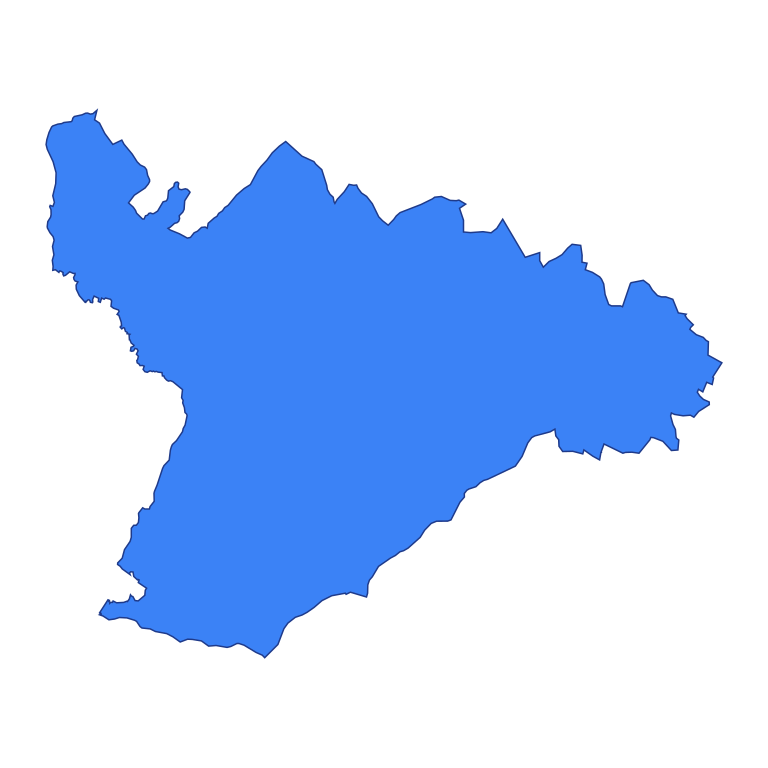 the district of Los Palmitos, Sucre, Colombia
{"feature_id": "7082276B95159519870564", "entity_name": "Los Palmitos", "entity_type": "district", "adm_level": 2, "iso_a3": "COL", "parent_name": "Colombia", "parent_adm1": "Sucre", "projection": "orthographic", "projection_center": [-75.243, 9.42], "detail": "fine", "context": "isolated", "style": "filled", "palette": "blue", "viewbox_px": 768, "rotation_deg": 0, "n_neighbors": 0, "source": "geoboundaries", "source_scale": "gbopen_adm2", "svg_char_len": 6041}
<svg xmlns="http://www.w3.org/2000/svg" viewBox="0 0 768 768"><path d="M50.2,205.4L49.7,206.7L51.0,209.7L51.1,214.5L50.6,217.1L47.8,221.6L47.2,226.5L47.4,228.0L50.0,232.8L53.1,236.6L54.1,240.2L52.5,246.5L53.9,254.8L52.3,260.3L53.1,266.4L52.8,270.3L55.4,269.7L58.9,272.4L59.6,271.0L60.7,271.1L63.1,272.5L62.9,274.1L63.7,275.9L65.5,275.3L69.7,271.8L73.5,273.5L75.0,273.4L75.0,274.8L73.6,277.5L74.0,279.4L75.1,281.0L77.9,281.9L76.1,285.1L76.3,289.2L79.3,295.6L85.2,302.4L85.7,302.4L85.7,301.4L86.4,301.5L87.8,300.0L88.9,299.7L89.8,300.5L90.4,302.3L92.4,302.7L92.8,302.0L92.6,299.5L94.1,296.1L98.7,298.3L98.3,301.5L100.3,302.3L101.6,298.1L104.1,299.2L105.5,298.0L110.5,299.3L111.6,300.8L111.0,306.3L113.5,308.2L118.5,310.0L119.1,311.5L117.1,314.4L118.9,315.4L121.2,322.1L121.6,325.9L120.4,326.4L120.2,327.2L121.8,328.9L123.3,327.7L124.5,328.1L125.4,331.3L127.4,332.5L127.0,333.7L129.9,334.3L129.1,335.1L129.4,339.8L130.0,340.0L131.2,343.0L134.0,345.3L133.4,346.3L131.0,347.3L130.4,350.8L131.7,351.3L133.6,350.8L135.0,348.5L136.9,348.9L138.1,350.8L136.4,354.2L138.4,356.3L137.6,359.5L136.8,360.5L137.2,362.8L139.0,364.0L140.0,365.6L142.5,365.5L144.2,366.2L143.1,369.4L144.9,371.7L147.3,372.3L150.1,370.8L152.3,371.6L153.4,371.1L154.8,371.8L156.5,371.4L158.0,372.1L162.0,372.6L162.4,375.9L163.9,376.0L164.5,377.7L166.7,380.1L168.4,381.1L170.5,380.7L172.9,381.7L182.5,389.6L181.6,397.7L183.1,400.4L182.7,402.9L184.4,407.6L185.0,412.5L186.6,414.0L187.1,415.6L185.1,425.1L183.2,428.5L182.5,431.7L176.5,440.6L172.4,444.5L171.4,446.7L170.4,450.1L169.2,460.1L164.0,465.6L162.6,468.4L157.1,485.1L154.5,491.3L154.0,493.3L154.2,501.3L150.1,506.5L149.4,509.0L144.8,509.0L142.7,507.8L139.0,512.5L138.5,513.5L138.9,517.8L138.4,522.5L136.4,525.2L133.7,525.3L131.3,528.3L131.3,537.3L130.1,541.4L124.5,549.6L122.2,558.2L117.7,562.9L117.6,564.5L120.1,566.2L122.3,569.0L130.1,574.6L129.5,573.0L130.6,571.8L133.0,572.0L133.8,576.5L137.4,579.9L137.9,579.4L139.1,579.9L138.3,582.6L146.6,588.2L145.3,590.2L144.8,595.3L138.2,600.9L135.1,600.6L132.9,596.6L131.5,596.1L130.5,594.8L129.3,599.0L127.5,601.5L127.0,601.2L123.7,602.4L116.6,602.8L113.1,601.0L112.5,602.4L110.8,602.3L109.8,603.2L109.9,602.2L108.9,601.5L109.4,600.4L108.0,599.8L99.2,613.4L100.4,612.6L101.2,614.0L99.6,614.8L103.0,616.0L108.9,619.8L114.6,619.0L119.4,617.5L126.9,617.9L134.7,620.3L136.6,621.4L140.0,626.5L141.9,628.0L150.2,628.9L155.4,631.5L166.7,633.6L172.9,636.8L180.2,642.0L187.6,639.2L192.2,639.4L201.4,640.9L208.6,646.1L216.1,645.5L227.1,647.4L230.8,646.5L236.9,643.5L239.0,643.5L244.1,645.2L256.0,652.4L262.3,655.2L264.7,657.7L277.9,644.5L283.9,628.7L287.9,623.1L295.3,617.3L302.1,615.0L307.1,612.3L314.1,607.4L322.0,600.6L331.8,595.7L345.3,593.2L346.1,594.3L350.4,592.2L366.5,597.0L367.6,593.2L367.8,584.9L368.7,582.2L369.5,580.0L372.3,576.8L378.5,566.4L390.6,558.0L395.5,555.4L399.9,551.8L403.6,550.7L408.1,548.1L420.2,537.3L424.7,530.1L431.2,523.4L436.6,521.2L447.7,521.1L451.0,519.9L459.9,502.3L464.4,497.0L464.3,493.5L466.8,490.3L468.9,489.0L475.9,486.7L480.1,482.7L483.8,480.4L487.6,479.3L515.4,466.1L522.1,456.4L527.8,442.9L531.7,437.6L534.8,435.9L550.2,431.8L554.9,429.1L555.8,435.9L558.7,439.7L559.0,446.3L562.7,451.5L572.8,451.3L582.8,453.9L583.9,449.9L593.0,456.3L599.6,459.9L600.9,452.6L601.4,452.4L601.3,451.5L604.0,444.0L622.9,453.2L625.5,452.4L631.8,452.2L639.0,453.2L649.8,439.9L650.8,437.4L653.6,437.7L662.9,441.3L671.4,450.5L677.9,450.0L678.8,440.0L676.5,438.3L676.0,436.6L675.4,429.4L673.0,424.5L670.6,415.9L671.4,413.0L674.5,414.4L683.1,415.8L690.4,415.2L693.9,417.2L698.7,411.4L709.3,404.6L709.2,402.0L703.4,399.4L699.7,395.9L697.3,392.2L698.5,389.3L702.8,391.9L706.7,382.3L712.2,384.5L713.6,378.0L712.7,377.1L721.9,362.8L708.0,355.1L708.4,341.7L706.1,340.4L703.3,337.4L696.3,334.7L689.8,329.3L690.7,327.4L693.3,324.8L687.1,318.7L685.1,315.6L686.2,314.2L678.3,312.9L672.8,299.3L665.9,296.9L661.5,296.9L657.5,295.6L652.4,290.1L649.1,284.7L643.3,280.3L631.1,282.7L630.3,283.7L622.5,306.7L620.5,305.9L611.5,305.9L608.7,304.5L605.1,294.5L603.7,283.9L601.5,279.2L599.7,276.9L592.5,272.4L585.3,269.7L587.0,263.2L582.0,262.2L582.1,255.2L580.7,245.4L572.1,244.3L567.7,248.1L562.1,254.6L556.0,258.3L549.1,261.5L543.3,267.2L539.7,260.7L539.7,252.6L525.2,257.3L502.7,219.2L496.8,228.4L491.1,232.8L483.0,231.7L470.5,232.6L463.5,232.0L463.5,220.2L459.5,208.3L465.7,204.1L458.9,200.1L456.3,200.7L450.2,200.4L441.4,196.5L434.7,197.2L432.4,198.9L421.0,204.5L400.1,212.6L396.3,215.9L393.7,219.5L388.2,225.2L382.6,220.8L378.7,216.8L372.3,203.7L366.6,196.4L361.5,193.0L358.0,188.3L356.6,185.0L353.8,185.3L349.1,184.4L344.3,191.7L337.2,199.4L334.9,203.4L334.0,201.7L333.2,197.2L330.0,194.3L327.4,189.7L326.7,185.3L321.8,169.7L315.7,164.1L313.9,161.6L302.0,156.2L285.7,141.5L279.4,146.1L272.3,152.8L266.9,160.2L261.1,166.4L257.9,170.6L250.4,184.6L244.2,188.5L236.5,195.1L228.1,205.4L224.7,207.6L222.4,210.9L218.7,213.4L217.0,216.3L214.2,218.0L208.2,223.3L207.2,228.2L205.1,227.0L201.5,227.4L197.5,231.2L194.1,232.8L190.5,237.4L187.4,238.1L179.5,233.8L170.2,230.0L168.0,228.3L170.2,227.2L174.6,223.3L177.0,222.7L178.7,221.3L179.6,218.6L179.2,215.8L182.8,212.1L184.1,209.3L184.7,200.8L190.0,192.4L189.8,191.8L187.4,189.4L185.4,188.8L181.5,189.7L179.1,189.2L178.1,186.9L178.7,183.2L177.5,182.1L175.7,182.3L174.4,183.5L173.8,186.6L168.5,190.7L167.8,198.0L167.0,200.0L166.1,201.0L163.1,201.8L157.6,211.1L153.7,213.6L152.2,213.7L150.5,213.0L148.9,213.4L147.5,215.2L145.5,215.8L144.1,219.0L142.5,219.0L136.6,213.2L135.5,210.4L133.2,207.1L128.5,202.9L134.3,195.2L145.1,188.0L148.3,184.0L149.6,181.5L149.6,179.8L147.6,175.3L146.5,169.6L144.6,167.1L140.3,165.0L137.2,161.9L132.2,154.1L124.0,144.2L121.8,140.1L112.8,144.4L104.8,133.5L99.5,123.1L94.6,119.8L96.9,110.3L92.9,113.7L90.3,114.1L87.7,113.1L85.6,113.2L82.1,114.8L74.3,116.5L72.8,118.2L72.2,120.7L71.1,121.7L63.9,122.5L61.7,123.6L57.9,124.1L52.8,125.9L51.6,127.0L49.0,132.5L46.8,139.8L46.1,144.6L47.3,149.3L53.1,161.7L56.1,172.8L55.7,183.7L52.8,195.8L54.4,202.4L52.9,206.4L50.2,205.4Z" fill="#3b82f6" stroke="#1e3a8a" stroke-width="1.5"/></svg>